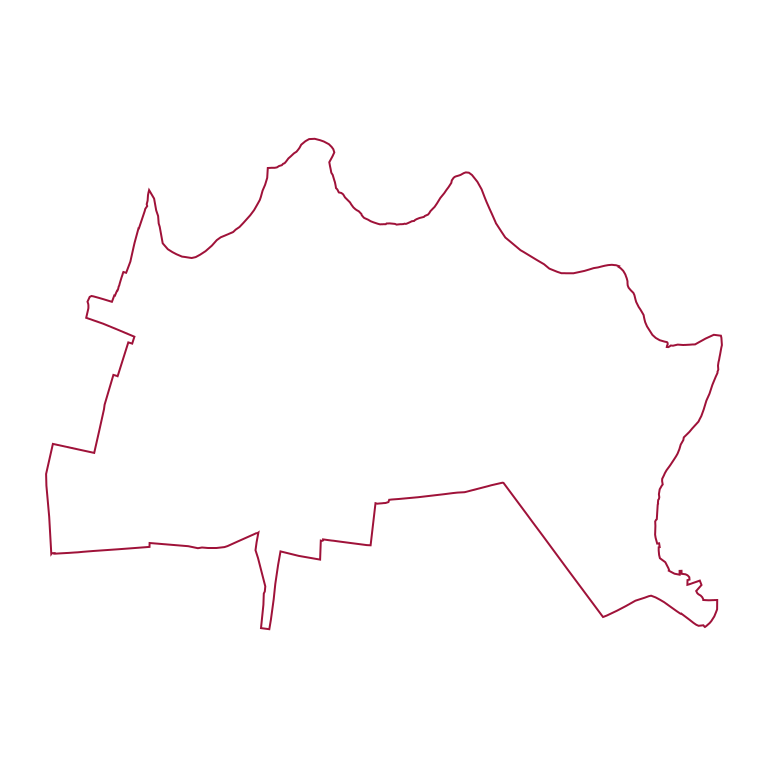 Cernica, Ilfov, Romania (Albers equal-area conic projection)
{"feature_id": "2599482B37635492647761", "entity_name": "Cernica", "entity_type": "district", "adm_level": 2, "iso_a3": "ROU", "parent_name": "Romania", "parent_adm1": "Ilfov", "projection": "albers", "projection_center": [26.245, 44.422], "detail": "fine", "context": "isolated", "style": "outline", "palette": "rose", "viewbox_px": 768, "rotation_deg": 0, "n_neighbors": 0, "source": "geoboundaries", "source_scale": "gbopen_adm2", "svg_char_len": 6099}
<svg xmlns="http://www.w3.org/2000/svg" viewBox="0 0 768 768"><path d="M717.2,600.0L714.0,600.1L708.7,600.3L703.3,600.0L703.3,599.4L702.3,597.3L700.7,595.6L698.5,594.3L697.3,593.2L696.2,591.0L701.5,585.0L699.8,580.6L689.2,584.3L687.4,584.8L687.5,580.1L689.5,579.6L689.3,577.2L688.0,575.7L687.0,575.0L685.5,574.3L681.6,573.8L681.5,570.8L679.6,570.9L679.6,574.7L674.5,573.7L668.8,570.7L669.1,570.1L668.4,568.2L665.3,562.2L659.9,558.2L659.1,554.9L658.7,550.6L658.7,547.3L659.7,547.1L659.1,543.3L657.2,543.6L655.6,537.8L655.1,534.6L655.2,532.3L655.4,525.9L655.2,521.4L656.1,519.8L656.4,519.7L656.8,519.2L657.7,504.7L658.1,503.8L657.9,503.2L658.2,500.0L658.9,499.0L659.3,497.3L658.9,494.2L659.7,489.3L661.8,485.6L662.7,484.5L662.1,481.0L662.2,478.8L664.0,475.2L664.8,473.3L666.5,470.3L670.1,465.4L674.0,459.5L676.0,456.4L677.6,453.6L679.4,449.1L680.7,444.6L683.3,440.1L683.8,437.4L689.4,431.9L692.3,428.4L698.5,421.6L699.6,419.3L701.3,416.1L703.7,409.5L706.4,400.6L709.5,393.7L712.4,384.8L715.7,376.8L717.5,372.9L717.5,371.7L718.3,369.6L718.0,365.6L718.5,362.1L719.1,359.7L719.5,357.4L720.1,354.4L721.3,347.7L721.9,345.1L721.4,337.8L720.9,335.7L720.0,335.6L713.8,334.8L705.5,338.6L703.0,340.0L699.0,342.2L695.1,344.4L692.2,344.5L689.6,344.7L685.9,344.9L683.1,345.0L677.7,344.6L673.0,345.7L670.8,345.5L669.6,346.4L668.4,347.1L666.8,347.0L667.0,345.9L667.7,344.3L667.6,343.0L667.2,342.3L666.5,342.0L664.5,341.6L659.7,340.2L655.7,337.9L652.4,334.9L647.0,326.4L645.2,322.2L644.5,319.5L644.0,317.2L643.6,315.0L642.1,312.4L640.2,309.2L638.7,307.0L636.2,302.0L635.5,299.6L634.4,295.1L633.4,292.9L630.8,290.3L628.6,287.7L627.7,285.4L627.5,283.2L627.5,281.5L627.3,280.4L626.7,278.2L625.9,276.1L625.4,274.6L624.4,272.8L623.2,270.8L620.6,268.2L618.6,266.9L619.1,266.2L615.9,265.2L614.4,265.1L611.9,264.8L608.2,265.1L604.9,265.7L601.1,266.6L598.1,267.4L593.7,268.1L589.2,269.5L584.5,270.9L573.3,273.3L561.4,273.2L557.2,271.8L549.3,268.6L544.0,264.2L540.4,262.1L536.5,259.8L530.4,256.1L523.3,251.8L520.5,250.2L510.6,241.9L505.3,237.5L501.3,231.5L500.8,230.7L500.1,229.6L499.7,229.0L497.1,225.0L497.0,224.8L496.0,223.4L495.5,222.1L492.5,215.3L491.6,213.3L489.5,208.7L488.1,205.5L486.6,202.1L484.7,197.4L481.6,189.3L477.4,181.8L472.0,175.0L468.9,172.7L465.8,172.4L463.8,173.1L462.0,174.1L460.6,174.9L459.2,175.4L457.6,175.9L456.1,176.3L454.7,176.9L453.6,177.8L451.8,180.4L451.3,182.9L448.5,187.2L446.4,190.0L444.3,193.1L440.3,198.0L437.0,203.4L434.6,206.9L432.8,208.7L430.4,211.2L429.4,212.9L428.6,213.9L428.0,214.6L426.8,215.1L424.8,216.0L423.9,216.9L419.5,218.0L416.5,219.2L414.8,220.2L414.2,220.9L411.6,221.3L410.6,221.9L406.8,223.6L405.9,223.9L404.4,223.7L403.3,224.1L401.4,224.2L400.2,224.2L398.4,224.4L396.6,224.6L394.9,223.9L391.9,223.6L389.8,223.4L386.5,223.5L385.8,224.2L384.0,224.2L381.0,224.3L379.8,224.3L377.6,223.7L373.4,222.3L370.6,221.2L368.1,219.7L364.1,217.9L362.8,216.5L361.7,215.1L361.4,214.0L358.7,211.2L357.3,210.5L355.5,209.3L353.4,207.4L351.2,204.4L350.0,202.4L345.0,197.4L344.1,195.9L343.2,194.4L341.4,193.0L338.8,192.4L338.1,191.0L337.3,189.4L336.0,188.1L335.7,186.1L335.4,184.5L334.9,182.1L334.3,180.3L333.5,177.6L332.7,174.9L331.3,172.7L330.7,169.4L330.0,166.1L329.3,162.2L332.5,156.3L334.3,152.4L333.3,149.2L331.7,147.0L328.9,144.2L323.8,141.5L320.1,140.2L314.7,138.8L309.1,139.1L305.4,141.2L301.2,144.7L299.6,147.7L298.3,149.5L296.5,151.7L294.0,153.3L290.7,156.4L288.4,158.4L286.1,161.5L284.6,163.2L283.1,163.8L281.8,165.2L279.1,166.0L276.9,167.4L274.7,167.8L273.2,167.8L271.7,167.8L267.8,168.0L267.2,177.9L265.1,184.8L262.6,190.6L260.8,197.1L259.8,200.0L257.7,203.8L254.1,210.1L250.2,215.3L243.3,223.0L239.5,227.0L235.7,229.6L233.2,232.0L225.3,235.4L220.7,237.3L216.8,240.1L211.9,245.6L205.5,251.2L200.1,254.7L195.7,257.1L191.7,258.0L189.5,257.7L184.4,256.9L182.0,256.6L176.4,254.2L172.4,252.1L167.8,249.2L162.7,243.3L159.7,226.7L158.7,223.5L158.1,216.0L156.2,210.4L154.1,198.6L149.1,190.1L148.5,192.5L148.0,195.1L147.6,200.7L146.7,204.2L147.2,206.1L145.3,208.8L144.7,211.1L138.9,228.4L138.5,228.3L134.6,242.7L133.9,245.7L130.6,260.5L130.4,261.5L126.5,271.9L126.1,272.8L123.4,272.0L122.8,273.5L122.5,274.7L121.7,277.0L121.5,277.6L120.8,279.9L119.9,282.9L119.7,283.6L119.2,285.6L118.9,286.1L118.6,286.8L118.4,287.9L118.0,289.4L117.4,290.7L117.1,290.6L116.2,292.6L115.2,295.0L115.0,295.6L114.3,295.4L112.4,300.6L111.9,301.8L103.4,299.2L98.6,297.8L93.5,296.4L91.5,296.0L89.7,296.9L87.5,301.7L88.2,303.8L88.4,305.2L88.4,307.9L88.3,308.7L86.2,317.8L102.0,323.3L102.9,323.6L115.8,328.9L134.4,336.7L132.2,343.6L128.3,342.4L117.8,375.7L117.6,376.2L117.4,376.1L117.2,376.0L115.8,375.6L113.4,374.9L104.6,404.7L104.0,409.2L99.3,430.4L94.2,452.9L82.7,450.4L52.9,443.9L46.1,474.0L46.4,485.6L49.2,516.9L51.3,554.0L51.9,553.2L54.5,553.1L54.4,553.7L54.6,553.7L63.1,553.2L68.8,552.9L74.5,552.5L78.0,552.3L83.1,551.8L93.2,551.0L117.7,549.3L133.7,548.1L149.5,546.9L149.6,543.0L188.3,546.2L197.9,548.2L202.0,547.5L208.0,548.0L216.4,548.0L224.4,547.1L227.5,546.1L237.9,541.4L251.6,535.3L253.0,534.7L254.3,534.1L256.0,533.3L257.5,533.1L258.4,532.5L256.6,542.2L255.5,550.2L258.0,558.0L265.3,586.4L264.8,591.5L263.8,593.5L263.4,604.8L261.0,628.1L269.3,629.2L270.9,619.7L273.7,599.2L275.3,583.9L278.1,564.9L280.5,551.4L298.8,555.9L320.1,559.6L320.8,540.6L321.9,540.9L323.1,540.4L323.1,539.4L324.7,539.6L328.1,540.1L330.4,540.4L332.0,540.6L333.2,540.7L339.8,541.6L366.8,545.1L370.6,545.3L375.5,503.2L377.3,503.7L379.1,503.5L381.9,503.3L383.6,503.1L385.5,503.0L388.4,502.1L389.2,499.8L389.3,499.8L391.8,499.5L398.7,499.0L418.3,497.2L436.3,495.1L444.1,494.2L452.7,493.1L457.3,492.6L464.6,492.2L487.9,486.2L491.1,485.3L502.4,482.7L503.5,482.9L527.8,515.6L532.2,521.6L542.8,535.8L567.2,568.9L570.7,573.6L603.0,617.0L606.7,615.6L617.2,610.6L625.8,606.1L635.4,600.7L644.7,597.7L648.8,596.2L651.1,595.7L655.6,597.4L659.9,599.7L664.0,602.1L672.4,608.1L676.6,611.1L680.0,613.4L681.0,613.9L681.3,613.6L689.3,619.6L693.5,622.9L696.3,624.8L698.6,625.8L703.4,625.3L704.6,626.8L704.9,627.0L706.2,626.1L709.7,623.0L711.3,621.1L714.3,616.4L716.1,612.0L717.1,609.3L717.2,600.0Z" fill="none" stroke="#9f1239" stroke-width="2"/></svg>